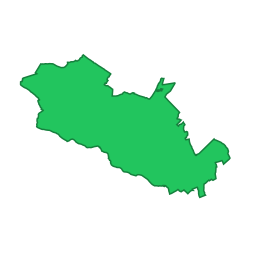 the district of Schitu Duca, Iasi, Romania, rotated 341°
{"feature_id": "2599482B72695645747592", "entity_name": "Schitu Duca", "entity_type": "district", "adm_level": 2, "iso_a3": "ROU", "parent_name": "Romania", "parent_adm1": "Iasi", "projection": "natural_earth1", "projection_center": [27.758, 47.015], "detail": "fine", "context": "isolated", "style": "filled", "palette": "green", "viewbox_px": 256, "rotation_deg": 341, "n_neighbors": 0, "source": "geoboundaries", "source_scale": "gbopen_adm2", "svg_char_len": 5809}
<svg xmlns="http://www.w3.org/2000/svg" viewBox="0 0 256 256"><g transform="rotate(341 128 128)"><path d="M186.9,101.1L186.9,100.6L177.2,98.9L174.6,98.3L174.6,98.0L175.8,96.0L177.8,93.2L178.0,92.9L177.1,92.6L176.0,91.9L174.9,92.4L174.3,93.6L173.4,94.7L171.9,95.6L171.0,96.3L170.0,97.5L169.3,98.0L169.0,98.8L168.5,99.3L167.3,100.4L166.2,101.6L166.7,101.8L167.9,101.5L168.3,101.8L169.3,102.0L170.4,102.5L171.1,102.3L171.5,101.8L171.7,102.1L171.9,102.1L172.4,101.8L173.3,102.5L172.5,103.0L172.0,103.8L171.6,103.7L171.2,103.3L170.1,103.2L169.2,103.2L169.0,102.9L168.7,103.2L168.2,103.1L167.9,103.0L167.8,102.5L167.1,102.4L166.8,101.8L166.6,101.9L166.1,101.7L161.0,105.8L157.8,107.7L157.2,107.3L156.8,107.2L156.1,106.4L155.9,106.0L155.3,105.4L154.1,105.2L153.9,104.9L153.7,104.4L149.8,101.7L148.3,100.5L146.6,98.8L145.1,97.8L144.8,97.5L145.3,97.1L144.6,96.5L144.0,96.2L143.6,96.4L142.5,96.3L141.2,96.7L140.9,96.6L139.4,95.4L138.8,94.6L138.2,94.4L136.3,92.8L134.6,93.3L133.9,94.0L131.5,93.9L129.1,94.2L126.7,93.8L123.5,92.6L125.6,87.8L126.1,86.4L125.5,85.7L124.4,83.8L123.7,83.1L122.9,81.8L122.6,81.4L121.1,81.0L120.0,79.9L119.7,79.3L119.9,79.1L120.2,79.4L121.0,78.1L121.8,78.2L122.0,78.4L121.9,78.6L122.1,78.7L123.1,77.5L124.5,76.6L123.9,75.7L124.3,75.2L124.2,75.0L124.6,74.7L124.8,74.2L125.9,73.4L126.7,73.5L127.3,72.9L127.6,72.1L128.2,72.1L128.6,71.9L129.2,71.4L129.3,71.1L124.8,65.2L124.6,64.6L123.5,63.4L122.8,62.4L120.5,59.6L117.9,56.0L117.0,55.5L116.5,54.6L116.6,54.3L116.0,53.7L114.5,51.5L113.1,49.9L109.5,44.3L108.1,45.1L108.0,45.7L107.8,46.1L106.7,46.1L105.2,46.6L105.0,46.8L104.8,47.3L104.3,47.6L103.7,47.8L103.0,47.8L102.3,48.2L102.0,48.2L101.1,47.8L100.4,47.0L100.0,47.2L99.1,47.5L98.0,47.5L96.6,47.2L95.7,46.8L94.4,47.0L92.2,46.2L92.0,46.7L92.0,47.7L90.4,48.7L88.6,49.6L87.1,49.9L84.4,49.1L80.8,46.2L79.2,44.3L77.9,42.9L74.5,41.5L73.1,41.3L70.7,40.3L69.4,40.2L68.0,39.6L67.3,39.5L66.4,39.0L63.0,41.8L63.0,42.0L62.3,42.4L58.4,45.6L59.4,47.0L45.4,46.7L45.3,46.9L44.7,46.9L44.6,47.3L44.2,47.3L44.0,47.8L43.9,48.4L42.9,49.3L42.9,49.5L42.3,49.3L41.5,49.4L40.6,51.8L40.7,52.6L42.4,55.0L43.3,56.1L44.8,57.4L46.9,60.1L48.0,62.4L49.1,63.7L49.6,64.7L50.7,66.3L51.3,67.7L52.1,69.2L53.1,70.4L52.8,71.3L53.5,72.3L53.5,72.6L53.3,72.7L51.9,72.8L51.7,72.9L51.6,73.9L51.7,75.9L51.5,76.4L51.8,77.0L51.8,78.0L52.1,78.7L51.9,79.5L52.8,81.2L52.7,81.4L52.1,81.8L52.0,82.1L53.5,83.4L53.6,83.7L53.0,84.0L48.8,85.1L47.7,85.9L47.5,87.0L46.3,89.4L45.4,89.4L44.6,90.8L44.2,92.1L44.3,93.1L42.9,94.9L42.7,96.2L42.1,96.9L42.1,97.1L42.8,98.2L45.3,100.5L46.5,101.4L47.9,101.9L49.9,103.2L53.3,104.8L56.0,107.6L58.3,109.2L58.8,110.0L60.0,111.1L60.5,112.2L60.9,113.7L62.6,116.4L64.5,118.7L65.8,120.0L66.1,120.9L68.1,120.9L69.8,120.3L70.3,120.2L71.9,120.4L72.7,121.1L73.0,121.4L73.9,123.1L74.2,124.2L75.5,125.9L76.2,126.7L77.8,127.6L78.9,128.4L79.9,129.5L81.3,130.6L81.9,131.5L82.2,132.3L83.0,133.3L85.1,133.8L86.6,134.5L90.6,134.7L91.3,134.9L93.1,135.1L93.8,135.4L95.1,137.0L94.7,137.2L95.3,138.1L95.7,139.4L95.6,139.9L95.8,140.8L95.7,141.3L97.0,142.4L97.5,143.1L99.8,144.3L100.7,146.1L100.6,146.6L100.3,148.7L100.2,148.8L100.3,149.3L100.2,149.7L99.6,150.1L100.2,152.2L100.1,152.6L100.5,152.8L100.7,153.0L100.7,154.3L100.6,154.6L100.2,155.1L100.2,155.4L100.3,157.4L101.4,159.1L101.8,159.5L104.1,161.1L104.8,161.8L105.6,162.0L106.2,162.3L107.4,162.8L108.3,164.0L108.7,164.8L109.0,166.3L109.3,167.2L109.9,168.1L112.7,169.4L114.0,170.4L114.7,171.2L115.7,172.8L120.0,175.8L121.6,175.3L122.0,175.3L123.7,176.0L125.6,177.2L129.7,182.8L130.0,183.4L130.8,185.6L132.0,188.3L132.7,189.5L134.3,191.3L136.2,191.9L138.2,193.0L138.7,192.8L140.6,193.7L141.2,193.9L141.7,193.8L141.9,194.0L142.3,193.8L142.4,194.2L143.1,195.0L143.5,195.2L143.8,195.1L144.0,194.8L144.0,194.4L144.8,194.8L145.5,196.4L146.4,197.7L146.5,198.7L146.1,201.3L146.1,203.0L145.9,204.0L147.8,204.0L151.0,203.4L153.5,203.0L155.2,202.4L155.9,203.5L155.9,203.9L156.4,204.6L157.5,205.6L158.8,205.2L159.5,205.2L160.6,204.8L160.8,204.8L161.1,205.8L161.3,205.9L163.2,209.6L163.7,209.3L166.6,207.9L168.3,207.8L169.1,208.1L168.8,207.6L168.8,206.8L173.6,206.5L174.2,206.6L174.3,207.1L174.1,208.3L174.2,209.6L174.4,209.8L174.4,210.5L174.4,210.8L173.9,211.2L173.8,212.1L173.5,212.7L173.4,213.2L173.1,215.3L173.3,217.0L179.4,216.7L178.9,215.5L179.0,215.1L179.4,214.3L179.1,212.1L179.5,211.3L179.7,210.6L180.3,209.3L180.7,207.9L181.6,205.8L183.4,205.4L187.4,203.6L187.9,204.4L189.4,203.8L189.5,204.0L190.3,203.7L191.3,205.1L194.7,204.5L195.5,199.8L195.8,199.1L196.5,198.4L198.5,193.6L199.1,193.7L199.3,193.7L199.3,193.1L199.5,191.4L199.3,190.8L199.3,189.3L199.3,189.1L203.2,189.4L206.2,189.4L206.5,190.7L206.6,193.3L213.4,190.5L214.4,189.9L214.6,189.6L214.5,188.0L214.1,185.0L214.1,184.6L215.2,183.1L215.4,182.6L215.4,179.9L214.2,177.3L214.3,177.1L214.3,176.7L213.5,174.9L213.1,174.3L212.0,173.2L211.5,172.2L211.1,171.7L207.3,168.2L206.3,167.5L205.9,166.9L205.8,166.4L186.8,175.4L184.1,175.5L184.1,176.0L183.9,176.2L183.5,176.1L183.3,175.7L182.9,175.7L182.9,174.7L182.5,174.1L182.4,173.4L182.3,171.6L182.4,170.6L182.1,169.1L181.9,167.4L182.1,166.6L182.0,165.9L181.7,165.3L181.5,162.9L181.6,161.1L182.2,158.4L178.9,158.0L178.6,156.7L179.1,156.0L179.5,156.1L179.6,155.8L180.2,155.8L180.8,154.9L182.3,154.0L182.3,153.7L182.2,153.1L182.7,152.6L182.9,151.1L182.5,150.9L182.2,150.4L180.7,150.4L180.2,150.2L180.1,149.5L180.2,148.8L180.0,148.0L180.3,146.7L181.4,144.3L181.5,144.1L182.7,143.6L182.9,143.2L182.2,141.0L182.2,140.5L179.6,141.8L178.8,141.5L177.5,141.6L176.9,142.2L176.2,142.6L175.9,141.8L175.2,140.7L178.7,138.9L178.8,139.0L180.8,137.8L179.7,137.0L179.8,136.7L179.7,136.6L177.4,135.3L177.6,134.8L179.1,133.6L180.0,131.4L181.0,130.6L181.8,130.1L181.2,128.6L174.7,114.7L174.6,114.3L173.0,110.7L175.4,108.5L180.2,106.8L186.9,101.1Z" fill="#22c55e" stroke="#15803d" stroke-width="1.5"/></g></svg>